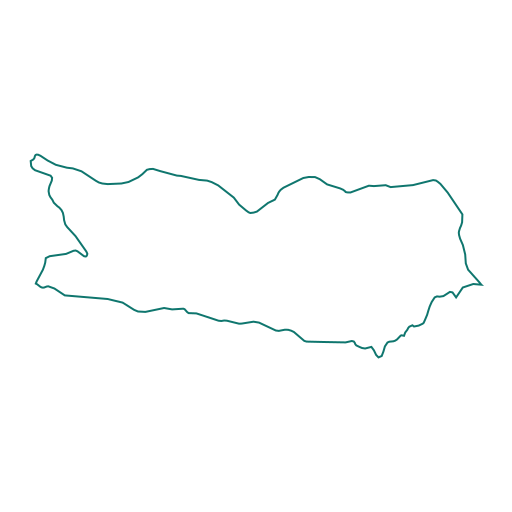 the State of Kärnten
{"feature_id": "AUT-2325", "entity_name": "Kärnten", "entity_type": "State", "adm_level": 1, "iso_a3": "AUT", "parent_name": "Austria", "parent_adm1": "", "projection": "orthographic", "projection_center": [13.787, 46.758], "detail": "fine", "context": "isolated", "style": "outline", "palette": "teal", "viewbox_px": 512, "rotation_deg": 0, "n_neighbors": 0, "source": "natural_earth", "source_scale": "10m", "svg_char_len": 2696}
<svg xmlns="http://www.w3.org/2000/svg" viewBox="0 0 512 512"><path d="M42.2,287.6L40.5,286.9L37.2,284.3L35.8,283.6L36.6,281.5L42.9,269.7L44.3,265.9L45.2,262.7L45.8,258.1L49.7,256.2L66.1,253.9L73.5,250.8L75.6,250.5L77.5,251.3L84.0,256.2L85.4,256.5L86.1,256.4L86.7,255.8L87.0,255.1L87.2,254.5L87.3,253.6L86.3,251.5L75.5,236.1L67.2,227.1L65.3,224.4L64.1,220.2L63.7,216.6L62.9,212.9L61.5,210.1L59.3,207.6L57.4,206.2L53.8,202.7L52.3,199.7L50.5,197.3L49.3,195.0L48.8,192.4L48.6,191.2L48.7,190.0L49.0,188.1L49.5,186.1L51.8,180.6L52.1,177.8L50.6,175.7L35.0,170.2L32.6,168.3L31.2,166.1L30.7,161.0L33.1,159.6L33.8,158.9L34.4,158.0L34.6,157.3L34.8,156.4L35.1,155.7L35.6,155.0L36.5,154.6L38.1,154.7L40.5,155.8L47.6,160.5L55.8,164.8L66.9,167.7L72.8,168.4L81.5,171.3L95.9,180.8L98.9,182.5L102.3,183.5L107.7,184.1L121.4,183.5L128.5,182.0L138.1,177.4L142.3,174.2L146.9,169.8L149.7,169.1L153.0,168.9L160.2,171.1L176.9,175.6L180.8,175.9L199.0,179.9L207.1,180.6L211.7,182.1L218.2,185.4L233.8,197.6L239.1,204.6L246.1,210.5L248.6,212.3L250.3,213.0L253.6,212.6L256.9,211.6L268.1,202.9L274.9,199.6L277.6,194.8L278.4,192.9L279.2,191.6L280.7,189.8L283.5,187.7L303.3,178.0L308.7,177.0L315.1,177.1L319.8,179.2L327.1,184.4L340.1,188.4L343.2,189.8L345.1,191.3L345.6,192.0L347.2,192.4L350.4,192.5L368.9,185.7L373.9,186.1L385.7,185.2L390.6,187.1L413.0,185.1L433.1,180.1L435.9,180.5L437.7,181.7L440.4,183.9L447.7,192.6L462.4,214.4L462.1,222.3L461.1,225.6L460.0,228.0L459.0,231.3L458.8,232.8L459.1,235.2L460.1,238.7L462.9,245.1L465.2,254.5L465.8,263.4L468.1,269.7L479.7,282.7L481.2,284.6L481.3,284.7L477.6,284.4L473.3,284.0L462.8,287.5L456.1,297.4L452.5,292.4L449.9,291.9L447.3,293.6L443.4,296.1L442.7,296.2L439.6,296.7L437.0,296.4L434.7,297.4L431.7,302.0L429.7,306.5L428.3,310.8L427.1,314.9L425.2,319.4L423.7,322.8L422.7,323.7L418.7,325.6L414.0,326.5L412.4,325.3L409.3,326.7L408.2,328.0L407.3,329.8L405.2,332.5L404.0,335.8L402.6,335.5L401.5,335.3L400.7,335.6L397.0,339.5L395.1,340.7L393.3,341.3L389.3,341.7L387.5,342.5L384.9,346.4L383.4,351.6L382.5,353.9L381.7,356.0L378.5,357.4L376.1,354.9L373.9,350.3L371.4,346.9L365.1,348.5L362.0,348.0L359.4,346.9L356.3,345.4L355.3,344.2L354.7,342.7L353.8,341.5L351.8,341.0L345.6,342.4L323.6,342.0L306.6,341.6L306.3,341.5L304.3,340.9L293.9,332.0L291.2,330.7L288.2,329.8L285.0,329.7L281.8,330.3L278.8,330.9L275.8,330.5L259.0,322.6L253.5,321.7L241.6,323.6L239.1,323.7L226.9,320.7L224.2,320.5L221.3,321.0L218.5,320.7L196.4,313.4L188.6,313.1L187.2,312.1L184.6,309.2L183.3,308.7L172.1,309.4L164.1,308.0L145.4,311.9L138.0,311.5L134.2,309.9L122.6,302.6L107.6,299.0L64.8,295.4L54.4,288.5L49.9,286.9L48.3,286.3L46.8,286.5L43.9,287.6L42.2,287.6Z" fill="none" stroke="#0f766e" stroke-width="2"/></svg>